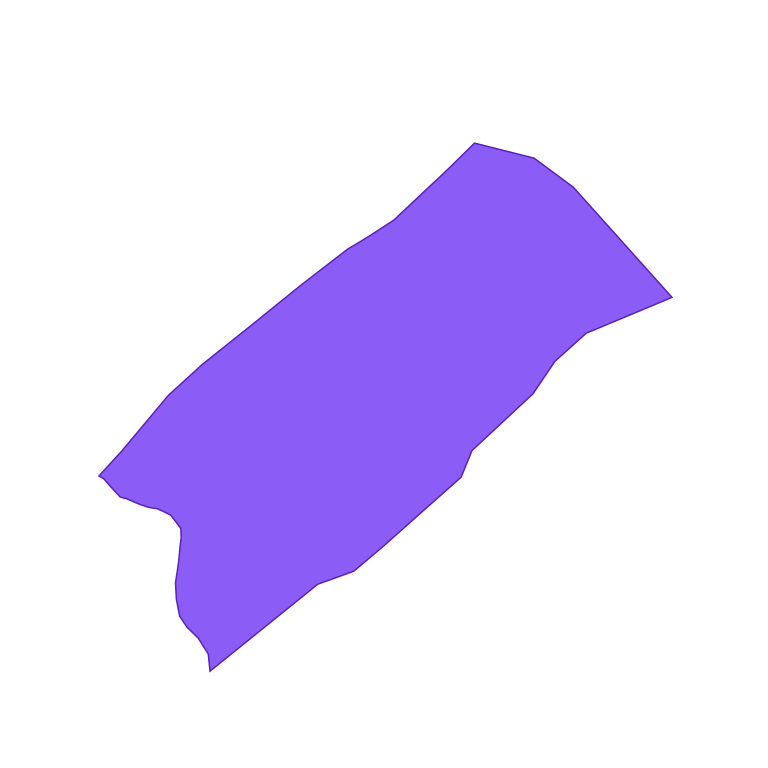 Shroq, Al Qahirah, Egypt, rotated 331°
{"feature_id": "37247803B54771343993886", "entity_name": "Shroq", "entity_type": "district", "adm_level": 2, "iso_a3": "EGY", "parent_name": "Egypt", "parent_adm1": "Al Qahirah", "projection": "natural_earth1", "projection_center": [31.499, 30.133], "detail": "fine", "context": "isolated", "style": "filled", "palette": "violet", "viewbox_px": 768, "rotation_deg": 331, "n_neighbors": 0, "source": "geoboundaries", "source_scale": "gbopen_adm2", "svg_char_len": 1128}
<svg xmlns="http://www.w3.org/2000/svg" viewBox="0 0 768 768"><g transform="rotate(331 384 384)"><path d="M90.1,326.3L93.0,331.1L94.7,339.5L98.5,354.9L101.9,358.4L102.0,358.3L102.2,358.2L106.5,363.8L110.4,368.8L112.3,371.2L118.1,377.5L122.1,380.8L125.0,383.0L128.5,387.5L133.8,395.2L135.2,403.8L136.2,412.0L132.0,420.3L126.9,427.2L119.7,437.8L112.5,447.5L105.3,456.7L98.1,471.5L92.7,488.0L93.8,501.2L98.3,516.2L99.4,534.9L92.6,550.8L140.3,542.5L229.0,527.0L266.8,533.1L304.1,525.7L362.7,512.6L406.2,502.9L408.4,501.2L422.8,489.6L428.6,484.9L466.0,475.6L491.7,469.2L509.6,464.8L516.0,461.5L544.6,447.0L562.1,443.0L585.5,437.6L635.8,443.2L673.0,447.3L677.9,447.8L645.0,303.7L624.8,259.3L579.9,217.2L560.8,222.5L547.3,226.3L541.4,227.8L538.5,228.6L515.4,234.4L472.2,245.4L449.5,247.0L442.4,247.5L424.5,248.2L417.7,248.4L379.5,254.2L358.5,257.4L297.6,268.1L234.6,278.8L190.2,289.3L172.5,296.1L121.3,315.8L119.6,316.4L117.7,317.0L115.1,317.9L112.2,318.8L109.1,319.9L107.6,320.4L105.7,321.0L104.0,321.6L101.9,322.3L99.0,323.3L97.3,323.9L95.6,324.4L92.3,325.5L90.1,326.3Z" fill="#8b5cf6" stroke="#5b21b6" stroke-width="1.5"/></g></svg>